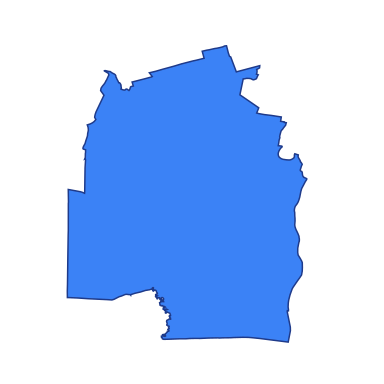 Bobicesti, Olt, Romania (Robinson projection), rotated 190°
{"feature_id": "2599482B15000431260960", "entity_name": "Bobicesti", "entity_type": "district", "adm_level": 2, "iso_a3": "ROU", "parent_name": "Romania", "parent_adm1": "Olt", "projection": "robinson", "projection_center": [24.159, 44.386], "detail": "fine", "context": "isolated", "style": "filled", "palette": "blue", "viewbox_px": 384, "rotation_deg": 190, "n_neighbors": 0, "source": "geoboundaries", "source_scale": "gbopen_adm2", "svg_char_len": 5759}
<svg xmlns="http://www.w3.org/2000/svg" viewBox="0 0 384 384"><g transform="rotate(190 192 192)"><path d="M299.4,296.1L299.1,295.9L295.3,294.5L294.8,294.0L294.3,293.0L294.3,292.3L294.6,291.4L295.5,287.7L296.0,286.6L296.6,284.5L297.5,282.6L298.4,281.1L299.1,279.6L299.6,278.4L299.6,277.8L299.6,276.0L295.5,272.0L300.4,254.3L300.8,251.8L300.9,249.7L300.8,248.5L299.3,246.8L299.8,245.7L300.6,244.4L302.0,242.9L304.0,241.4L306.8,239.9L306.5,239.4L305.5,237.5L304.9,235.3L304.8,234.4L304.9,231.2L304.7,229.7L304.8,228.2L305.5,223.7L305.7,221.2L306.7,218.3L307.0,216.9L306.9,215.7L306.4,215.4L304.1,215.1L304.0,214.3L303.7,212.5L303.7,211.4L303.1,207.5L303.4,205.9L302.9,206.3L302.4,205.1L301.5,197.1L298.4,177.9L297.7,173.5L297.6,172.1L300.2,172.7L302.2,172.9L314.3,173.0L311.9,160.6L311.8,159.3L307.1,132.4L306.5,128.3L302.3,102.2L298.6,79.5L297.6,72.8L296.4,66.4L295.2,66.6L286.0,67.8L275.5,68.9L256.7,71.3L252.1,71.8L250.1,72.8L245.6,76.2L243.4,77.3L240.3,79.3L239.7,79.6L238.6,79.9L236.4,80.0L235.0,80.2L234.4,79.7L234.4,80.1L234.3,80.4L230.5,82.4L225.3,84.6L220.7,87.0L216.7,88.4L216.1,88.8L214.7,89.3L214.6,89.5L214.4,90.5L214.0,91.0L213.6,91.1L213.3,90.9L213.3,90.1L213.8,88.9L213.7,88.3L213.2,87.8L212.8,87.7L212.6,87.9L213.1,88.6L213.0,88.9L212.8,89.0L212.3,89.1L211.6,88.8L210.9,89.0L210.4,88.7L210.1,88.5L209.8,87.7L209.5,87.3L208.7,86.5L208.5,86.1L208.7,85.8L210.0,84.7L209.9,84.4L209.0,84.3L208.6,84.2L209.6,83.7L209.8,83.4L209.8,82.9L209.7,82.6L209.5,82.4L209.2,82.4L208.6,82.9L208.3,82.8L208.2,82.6L208.5,82.0L208.5,81.7L208.3,81.4L207.7,81.5L207.6,80.8L207.3,80.9L207.2,81.0L207.2,81.7L207.0,82.0L206.3,82.2L205.6,82.2L205.3,82.0L205.1,80.9L204.8,80.6L204.3,80.5L203.8,80.6L203.5,80.8L203.4,81.1L204.0,81.9L203.5,82.7L203.2,82.9L202.5,82.8L201.8,82.4L201.4,81.9L201.3,81.6L201.4,81.1L201.6,80.9L202.3,80.5L202.4,80.2L201.7,80.0L201.2,79.7L200.9,79.1L201.8,78.9L202.9,79.3L203.5,79.4L203.9,79.0L203.6,78.4L203.5,78.2L204.7,77.4L203.8,75.0L203.2,75.1L202.6,74.5L201.1,75.0L200.9,74.8L200.5,74.2L200.1,74.2L199.2,74.5L198.3,74.0L200.0,73.0L200.2,71.7L199.7,71.4L198.5,71.9L197.7,72.0L197.0,72.3L195.9,72.0L196.2,71.8L198.5,70.8L198.4,70.5L197.4,70.2L197.0,69.7L196.9,69.3L197.3,68.8L197.3,68.5L197.1,68.2L196.7,68.2L196.2,68.5L195.7,69.5L193.9,69.0L192.8,68.8L192.5,68.4L192.2,67.5L191.7,67.0L191.7,66.6L192.7,66.2L192.9,65.9L192.8,65.6L192.1,65.2L192.0,64.9L192.1,64.5L192.0,64.4L191.4,64.2L191.4,63.5L191.0,63.3L190.9,63.2L191.0,63.0L192.4,63.0L193.2,62.2L194.5,61.2L194.6,60.4L194.5,59.8L193.8,58.7L193.6,58.0L193.7,57.0L193.8,56.7L193.7,56.5L192.9,56.4L192.2,55.7L191.2,55.7L191.2,55.4L191.5,54.2L191.4,54.1L190.9,53.8L190.8,53.6L190.9,53.4L191.7,52.8L191.9,52.6L191.9,52.3L190.9,51.8L190.6,51.4L190.6,51.1L190.8,50.8L192.1,50.5L192.1,49.6L192.8,48.8L192.8,48.6L194.0,47.3L194.0,47.2L193.5,46.7L193.5,46.4L193.1,45.8L193.0,45.6L193.3,45.3L193.5,45.1L194.0,45.1L194.1,45.6L195.1,46.8L195.8,46.6L196.2,46.4L196.1,46.2L195.0,46.0L194.7,45.5L194.7,45.2L195.0,45.1L196.2,45.1L197.1,44.8L197.0,44.1L196.7,43.3L195.9,43.2L195.7,42.9L195.5,42.2L195.4,42.2L194.3,42.0L190.7,42.7L178.6,45.3L172.9,46.3L168.9,47.3L163.4,48.4L158.6,49.2L150.6,51.0L140.9,52.9L140.0,52.9L136.5,53.7L128.6,55.2L125.7,55.9L116.9,57.7L111.4,58.6L107.0,59.0L100.1,59.5L71.2,60.9L71.0,72.5L71.7,76.0L77.4,90.5L77.5,91.7L76.4,91.7L76.5,92.7L77.4,95.5L77.9,99.4L78.0,102.2L77.6,107.7L76.6,113.6L76.1,115.3L72.8,122.6L71.1,126.1L69.7,129.3L69.7,133.3L70.2,136.9L71.1,141.5L71.9,142.9L73.9,145.4L76.5,148.3L77.4,150.8L78.1,155.1L78.0,161.1L77.9,161.4L77.8,162.4L78.1,164.4L78.8,166.2L78.9,166.9L80.5,169.5L83.3,173.4L84.5,175.6L85.1,177.4L85.5,181.4L86.0,184.0L86.6,186.2L87.3,189.7L87.9,191.1L88.1,192.5L88.1,194.2L87.8,195.9L86.4,198.7L85.7,200.8L85.3,203.0L85.0,205.7L84.9,211.4L84.6,214.4L82.2,221.9L81.3,224.0L81.2,224.8L81.3,225.0L82.4,225.4L84.4,225.8L84.6,226.2L85.0,226.3L85.6,227.0L85.9,227.5L86.2,228.2L86.8,230.3L87.1,230.8L87.5,231.3L88.5,231.5L88.8,231.7L89.1,232.0L89.2,232.9L88.9,235.1L88.7,236.8L88.3,238.1L88.3,238.5L88.9,239.2L89.9,240.3L90.2,240.3L90.5,240.6L90.8,241.4L91.1,241.9L92.1,243.1L93.0,244.1L93.7,245.3L93.8,247.0L97.4,247.5L97.6,246.7L97.5,245.5L97.3,244.4L97.5,243.5L98.5,242.3L99.6,241.4L100.8,240.7L101.9,240.4L104.5,240.1L108.1,240.0L109.8,240.3L111.0,240.8L112.2,241.5L113.0,242.4L113.5,243.6L113.7,244.3L113.8,245.2L113.7,246.4L113.5,247.4L113.0,248.9L112.2,250.7L111.5,251.4L111.1,252.2L111.2,252.5L111.5,252.8L115.1,252.6L115.1,255.3L115.2,258.3L114.9,260.7L115.3,261.9L115.3,263.2L114.9,267.4L114.5,268.4L113.8,269.3L113.2,270.7L111.4,274.0L111.2,276.6L113.1,276.5L113.2,277.1L117.0,277.0L117.1,281.4L126.9,281.2L134.3,280.8L139.4,280.8L142.0,281.0L140.9,286.5L161.7,296.0L161.2,312.3L159.9,312.6L158.0,313.4L155.3,313.8L153.5,313.8L152.1,313.3L151.2,313.1L150.1,313.5L148.5,314.5L148.2,314.9L147.4,318.3L147.1,318.9L147.6,319.1L149.0,319.2L148.9,320.1L148.8,321.5L149.1,323.0L149.6,323.9L149.1,324.2L147.5,325.5L147.0,326.0L147.2,328.2L169.2,318.0L177.3,331.7L178.6,332.1L180.4,335.3L183.4,342.0L185.2,341.5L186.9,340.3L190.0,338.9L192.5,337.9L194.4,337.3L199.9,335.0L202.2,334.2L206.4,332.4L203.3,325.8L210.5,322.6L213.7,321.3L224.5,316.4L231.4,312.9L242.2,307.8L248.7,304.6L254.7,302.0L251.2,298.8L251.8,298.3L258.6,295.1L270.1,289.9L268.2,286.2L270.4,285.2L270.8,284.7L271.0,282.8L271.4,281.5L271.7,281.0L273.8,282.0L274.2,282.0L274.5,282.0L275.2,281.6L275.8,280.7L277.2,280.6L279.7,280.9L279.9,281.1L279.6,281.8L279.9,283.0L280.4,284.1L280.5,284.5L280.4,284.7L280.8,285.5L281.4,286.2L282.3,287.0L283.0,286.8L283.3,287.1L283.9,288.1L285.6,290.2L286.2,291.3L286.8,291.9L287.3,293.4L287.9,294.1L289.0,294.7L291.1,295.3L293.5,296.4L295.0,296.3L298.2,296.5L299.3,296.3L299.4,296.1Z" fill="#3b82f6" stroke="#1e3a8a" stroke-width="1.5"/></g></svg>